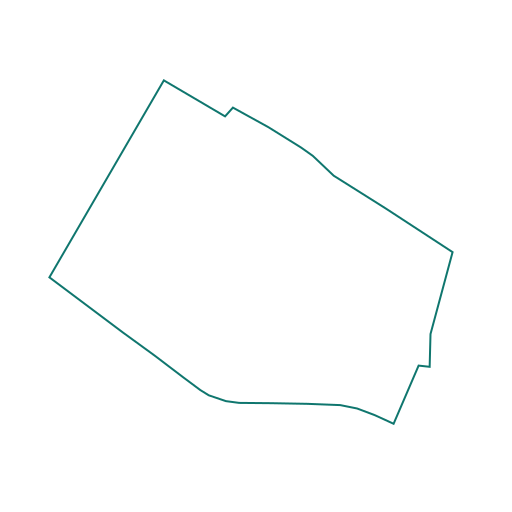 Arafat, Nouakchott, Mauritania (Mercator projection), rotated 284°
{"feature_id": "47542326B30050302787661", "entity_name": "Arafat", "entity_type": "district", "adm_level": 2, "iso_a3": "MRT", "parent_name": "Mauritania", "parent_adm1": "Nouakchott", "projection": "mercator", "projection_center": [-15.959, 18.054], "detail": "fine", "context": "isolated", "style": "outline", "palette": "teal", "viewbox_px": 512, "rotation_deg": 284, "n_neighbors": 0, "source": "geoboundaries", "source_scale": "gbopen_adm2", "svg_char_len": 501}
<svg xmlns="http://www.w3.org/2000/svg" viewBox="0 0 512 512"><g transform="rotate(284 256 256)"><path d="M307.3,445.8L333.4,370.7L352.7,312.0L366.9,286.9L372.1,273.6L384.0,236.8L394.4,197.7L387.0,193.8L384.0,192.2L404.1,124.1L185.3,60.7L149.6,145.3L134.7,182.1L120.6,214.9L112.4,234.5L109.4,243.9L107.9,261.9L109.4,275.2L116.9,306.5L125.0,341.7L131.7,373.8L132.5,391.0L130.3,409.8L126.5,430.1L189.0,440.3L190.5,451.3L222.5,444.2L307.3,445.8Z" fill="none" stroke="#0f766e" stroke-width="2"/></g></svg>